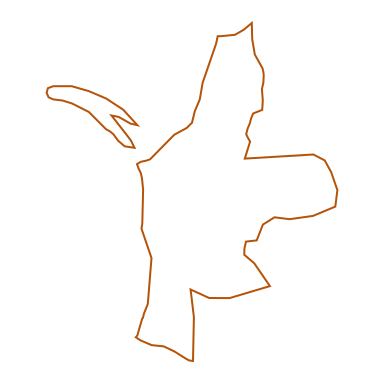 map outline of Mannārama (Robinson projection)
{"feature_id": "LKA-2457", "entity_name": "Mannārama", "entity_type": "District", "adm_level": 1, "iso_a3": "LKA", "parent_name": "Sri Lanka", "parent_adm1": "", "projection": "robinson", "projection_center": [80.02, 8.88], "detail": "fine", "context": "isolated", "style": "outline", "palette": "amber", "viewbox_px": 384, "rotation_deg": 0, "n_neighbors": 0, "source": "natural_earth", "source_scale": "10m", "svg_char_len": 1348}
<svg xmlns="http://www.w3.org/2000/svg" viewBox="0 0 384 384"><path d="M135.8,337.3L137.4,335.4L138.0,333.1L142.2,318.6L142.7,318.0L143.0,317.7L144.0,313.5L147.8,304.0L151.5,258.0L141.5,228.7L142.3,223.6L143.1,190.1L143.1,189.7L142.0,178.5L140.8,173.0L138.7,168.9L137.0,164.1L140.8,161.8L146.4,160.6L150.1,159.3L174.2,134.8L186.8,127.9L192.0,122.7L194.8,111.2L199.8,99.4L202.6,82.9L216.0,44.0L216.5,41.8L217.7,36.2L220.7,36.2L235.0,34.8L243.8,29.7L251.8,23.0L252.2,39.1L254.8,54.5L262.5,68.3L263.3,71.6L263.7,75.1L263.4,82.4L261.9,89.2L262.8,100.3L262.2,109.9L253.1,113.5L251.2,118.2L249.8,123.4L247.6,128.7L246.2,134.2L248.2,138.4L250.1,141.6L244.8,158.6L313.4,154.5L324.7,160.4L331.1,172.0L337.4,190.1L335.3,206.6L313.0,215.9L289.6,219.2L274.5,217.3L262.9,224.6L256.7,240.4L246.0,241.6L244.4,248.6L244.3,254.8L254.2,263.2L269.9,286.1L229.5,298.1L209.1,298.0L190.6,289.5L193.9,317.2L193.0,361.0L189.0,360.4L185.6,358.5L174.5,351.5L163.8,346.4L151.5,345.1L140.6,340.4L135.8,337.3ZM53.3,99.4L48.6,97.3L46.6,92.8L47.9,88.2L53.3,86.2L71.8,86.2L80.0,88.6L88.5,91.0L106.3,98.6L123.2,109.7L137.4,125.2L130.5,123.6L118.6,116.9L111.5,115.5L122.3,129.3L130.8,140.3L134.5,147.8L124.6,146.3L118.1,140.7L113.6,134.5L110.3,131.6L106.0,129.2L88.9,112.0L80.4,107.7L71.9,103.4L65.7,101.5L62.4,100.5L53.3,99.4Z" fill="none" stroke="#b45309" stroke-width="2"/></svg>